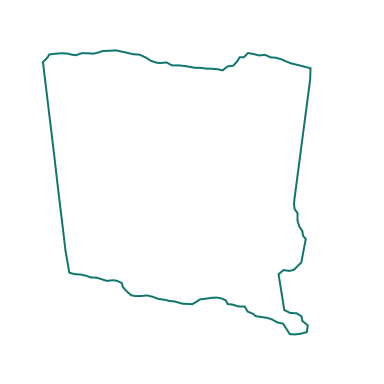 Itapitanga, Bahia, Brazil, rotated 83°
{"feature_id": "56859067B28252352486824", "entity_name": "Itapitanga", "entity_type": "district", "adm_level": 2, "iso_a3": "BRA", "parent_name": "Brazil", "parent_adm1": "Bahia", "projection": "natural_earth1", "projection_center": [-39.607, -14.466], "detail": "fine", "context": "isolated", "style": "outline", "palette": "teal", "viewbox_px": 384, "rotation_deg": 83, "n_neighbors": 0, "source": "geoboundaries", "source_scale": "gbopen_adm2", "svg_char_len": 1622}
<svg xmlns="http://www.w3.org/2000/svg" viewBox="0 0 384 384"><g transform="rotate(83 192 192)"><path d="M83.6,59.3L81.0,66.0L78.1,73.4L76.3,78.2L73.7,83.0L71.1,87.3L69.0,92.3L67.9,97.6L64.8,102.8L64.6,109.1L62.6,113.9L60.9,119.5L64.5,123.9L64.1,128.4L67.4,130.8L71.7,135.7L71.7,141.3L75.0,146.9L73.3,151.5L72.2,156.5L71.3,162.8L69.7,168.7L69.1,173.9L67.9,177.9L66.4,182.6L64.8,189.2L63.9,196.4L60.3,201.6L60.1,208.7L58.9,212.5L56.6,217.1L52.9,221.5L49.3,227.3L47.9,234.3L45.1,241.6L43.5,246.4L42.2,250.1L41.8,256.0L41.2,263.4L42.3,269.2L42.7,273.2L41.8,277.3L40.8,284.5L42.1,290.6L40.8,295.2L39.4,298.9L38.4,304.6L38.1,311.3L38.1,316.9L41.2,319.3L44.9,324.1L85.8,324.2L138.6,324.3L164.8,324.5L191.7,324.6L210.4,324.6L234.8,324.7L257.1,323.6L259.3,318.4L260.3,312.6L262.3,307.1L264.5,302.8L265.5,296.8L269.8,287.5L270.0,280.6L271.3,276.7L273.8,272.8L277.7,272.3L281.2,270.0L284.0,267.7L287.1,264.9L288.5,260.6L289.0,255.3L289.2,249.2L291.1,244.0L294.2,238.1L295.5,232.7L297.4,227.7L298.7,222.1L301.7,215.1L302.6,209.8L303.4,205.5L301.7,201.4L299.6,197.2L299.6,191.4L299.4,185.7L299.8,180.4L300.9,176.5L303.5,171.8L307.6,170.2L308.7,165.4L311.3,159.8L312.1,153.7L317.5,151.3L320.3,146.3L323.0,143.9L324.7,137.8L326.2,132.4L328.4,127.9L331.8,123.3L333.8,117.6L345.0,112.3L345.9,107.2L345.9,101.3L345.0,95.1L338.5,93.3L333.4,98.2L328.8,98.4L325.2,102.8L324.0,109.3L320.4,114.8L284.2,116.1L280.7,110.8L282.2,104.8L281.6,100.2L278.3,96.1L275.3,92.1L252.5,84.8L249.1,87.1L244.3,87.3L239.3,89.7L233.4,90.8L225.9,89.8L221.6,92.2L216.6,92.3L210.8,91.0L94.7,61.0L83.6,59.3Z" fill="none" stroke="#0f766e" stroke-width="2"/></g></svg>